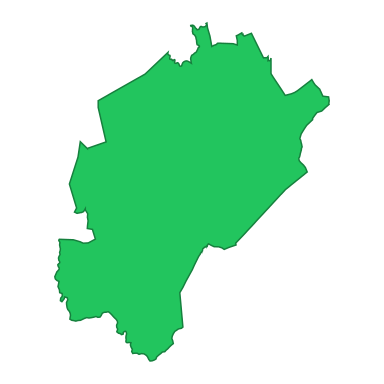 Heroica Villa Tezoatlán de Segura y Luna, Cuna de la Independencia de Oaxaca, Oaxaca, Mexico (Albers equal-area conic projection)
{"feature_id": "50627088B73617398914248", "entity_name": "Heroica Villa Tezoatlán de Segura y Luna, Cuna de la Independencia de Oaxaca", "entity_type": "district", "adm_level": 2, "iso_a3": "MEX", "parent_name": "Mexico", "parent_adm1": "Oaxaca", "projection": "albers", "projection_center": [-97.858, 17.573], "detail": "fine", "context": "isolated", "style": "filled", "palette": "green", "viewbox_px": 384, "rotation_deg": 0, "n_neighbors": 0, "source": "geoboundaries", "source_scale": "gbopen_adm2", "svg_char_len": 5712}
<svg xmlns="http://www.w3.org/2000/svg" viewBox="0 0 384 384"><path d="M236.0,245.0L235.7,243.1L240.3,238.3L242.8,235.7L245.8,232.5L247.3,230.8L252.6,225.2L253.4,224.2L253.6,224.1L255.2,222.3L255.8,221.6L257.9,219.3L262.3,214.6L262.7,214.2L265.7,210.9L269.0,207.4L269.4,206.9L272.2,203.9L274.1,201.8L274.5,201.4L280.8,194.5L281.3,194.1L285.0,190.1L285.3,189.7L290.0,185.9L291.3,184.8L295.3,181.6L296.0,181.0L300.9,177.1L301.6,176.5L304.0,174.6L306.8,172.2L307.2,172.0L305.3,167.3L305.0,167.1L303.6,165.2L301.8,163.5L300.8,162.6L299.3,160.8L298.8,159.0L298.9,158.0L299.5,157.1L299.9,155.7L300.3,153.6L301.4,149.7L301.3,148.9L301.5,148.4L302.1,146.9L301.5,143.7L301.3,143.4L300.7,140.3L299.8,138.6L301.2,133.9L304.2,129.0L306.6,125.4L312.6,119.7L312.6,118.4L314.5,115.7L317.0,112.5L321.5,111.1L322.1,110.7L325.2,107.7L327.9,105.4L329.1,104.3L328.8,103.6L329.2,100.8L328.6,96.9L322.9,96.2L321.9,94.1L321.0,92.0L320.2,90.4L319.8,89.3L318.2,87.8L316.3,86.0L315.2,85.0L313.6,82.7L311.8,79.6L309.7,81.3L305.8,84.3L303.9,85.8L301.8,87.4L297.5,90.7L294.6,92.5L293.6,92.9L291.4,93.8L289.4,94.3L288.6,94.5L285.2,95.4L281.4,89.5L273.4,77.5L271.4,74.3L271.0,73.5L271.0,58.1L270.5,59.5L270.7,60.3L270.3,60.5L269.2,60.8L268.5,60.3L268.0,60.6L268.0,60.4L268.1,60.1L268.0,59.9L268.2,59.5L268.2,59.2L268.2,58.8L268.2,58.3L268.2,57.9L268.2,57.5L268.0,57.2L268.0,56.5L267.1,57.5L266.7,57.7L265.9,57.8L265.6,57.8L265.2,57.7L264.9,57.7L263.5,57.9L251.4,33.3L244.4,36.1L244.0,36.0L243.7,35.5L243.2,35.4L243.0,35.0L243.0,34.5L242.7,34.7L242.2,34.3L242.0,33.9L242.0,33.3L241.8,33.3L241.7,32.9L237.9,35.1L236.3,35.8L237.3,40.5L237.3,45.0L233.1,43.7L227.7,43.5L221.5,43.3L220.4,43.2L219.0,43.2L218.8,43.2L217.4,43.3L216.5,44.4L215.3,44.9L213.7,45.4L213.3,45.7L211.8,46.5L211.6,45.3L209.9,36.0L207.5,27.9L206.9,23.0L206.0,23.5L206.4,24.1L206.6,24.7L206.0,25.8L205.3,26.5L204.1,26.9L202.5,27.0L201.7,26.6L201.0,26.4L200.3,26.7L199.5,28.1L198.9,29.3L197.1,29.8L196.4,28.7L195.7,28.2L195.3,27.8L195.0,27.1L194.5,26.5L194.0,25.9L193.4,25.4L192.7,25.4L192.1,25.1L191.4,25.6L191.2,25.5L190.7,25.5L190.7,25.8L190.9,26.1L191.1,26.3L191.6,26.2L192.0,26.4L192.5,27.4L192.7,28.2L192.5,29.4L192.5,30.6L192.4,31.6L192.7,32.4L192.8,33.3L193.1,34.0L193.7,34.4L194.6,35.0L195.0,35.7L195.8,37.0L196.1,38.8L196.5,40.1L196.6,41.5L196.7,42.7L197.1,44.7L198.0,45.1L199.0,45.6L199.4,46.2L199.3,47.0L198.5,47.3L198.1,48.0L197.9,48.7L197.4,49.8L196.7,51.2L195.9,52.5L194.7,53.0L193.3,54.4L192.5,54.9L191.7,55.3L190.9,57.3L190.6,59.0L190.9,60.1L191.0,61.3L191.4,63.3L188.8,61.7L187.6,61.1L186.3,60.9L185.3,61.1L184.4,61.5L183.7,61.9L182.7,62.9L182.0,64.6L181.6,65.9L180.7,66.2L180.0,66.2L179.5,65.6L178.8,63.8L177.9,62.8L177.2,62.7L176.4,63.2L175.4,63.3L174.6,62.9L174.6,62.1L174.8,61.3L174.9,60.3L174.8,59.8L174.5,59.6L174.1,59.7L173.5,60.2L173.2,60.6L172.6,60.6L172.3,60.4L172.1,59.7L171.5,59.2L170.8,59.3L170.3,59.3L169.8,59.1L169.7,58.3L169.9,57.1L170.1,56.2L169.9,55.4L169.2,55.2L168.4,54.8L168.0,54.2L167.8,53.4L168.0,52.4L145.5,73.7L145.4,73.8L144.9,74.2L109.6,94.2L107.4,95.5L98.2,100.7L98.2,107.5L106.1,141.9L87.4,148.4L87.4,148.6L80.3,141.7L78.0,157.1L69.4,184.0L76.6,208.0L74.5,212.1L75.8,212.7L76.7,213.2L77.3,213.3L78.0,213.1L79.2,212.9L80.5,212.6L81.6,212.5L82.4,212.1L83.6,211.6L84.7,209.7L85.3,208.7L85.3,209.9L87.7,213.7L87.5,216.5L87.4,217.3L87.6,218.2L87.8,219.3L88.1,220.7L87.5,225.8L87.3,228.5L92.5,229.4L92.8,230.7L95.4,239.1L88.3,242.9L83.2,243.2L80.0,241.7L73.4,239.8L59.3,239.3L59.0,239.7L58.8,240.4L59.1,241.1L59.8,242.1L59.9,243.0L59.7,243.8L59.6,245.1L59.9,246.3L60.0,247.2L60.4,248.5L60.3,249.6L60.2,250.6L59.8,251.8L59.6,252.4L59.8,253.3L60.1,254.3L59.5,255.5L59.0,256.5L58.6,257.4L58.5,258.4L58.7,259.1L58.7,260.0L59.4,261.1L59.8,262.2L59.5,263.1L58.5,263.9L57.8,264.8L57.9,265.3L58.1,265.9L58.3,266.7L58.9,267.4L59.2,268.2L59.0,269.5L58.4,270.1L57.8,270.9L56.9,271.8L55.6,274.8L54.8,276.7L55.3,278.9L57.1,280.6L59.0,281.4L58.5,284.1L58.0,286.6L59.0,288.9L59.4,289.7L59.7,292.7L62.1,293.5L62.3,296.2L60.7,298.2L60.4,300.7L61.9,301.7L64.2,298.8L64.7,296.9L67.2,297.7L67.8,299.7L66.5,302.5L66.6,304.6L67.1,307.7L67.8,309.5L69.5,311.6L70.3,313.7L70.5,315.7L70.3,316.5L70.2,317.0L69.9,319.2L71.8,320.3L73.8,320.6L75.8,321.1L78.0,320.5L80.5,320.3L82.6,319.3L84.5,318.4L86.7,317.6L88.9,318.0L91.1,317.7L93.7,317.2L96.0,316.5L97.8,317.3L100.0,317.1L101.2,315.5L102.3,313.2L104.2,312.3L106.2,312.2L108.3,311.7L110.1,313.1L111.7,314.7L113.0,316.2L114.3,317.6L116.1,319.3L117.3,321.0L117.6,323.0L116.6,325.1L116.7,327.2L117.7,329.1L116.8,331.8L118.5,333.2L120.6,333.7L121.3,334.6L123.0,334.3L123.3,333.7L123.1,332.9L123.8,332.0L124.9,331.3L125.6,331.3L126.2,332.0L126.6,333.8L126.0,336.1L125.9,338.1L126.2,339.3L126.0,340.5L125.9,341.3L126.1,342.1L126.5,342.5L127.2,342.7L128.5,342.6L128.8,342.5L130.9,342.7L130.4,345.0L131.2,347.4L132.3,349.2L131.7,351.6L132.8,353.5L133.9,353.3L135.1,353.2L137.1,353.2L139.0,354.3L141.5,353.6L144.1,353.9L146.5,355.5L147.7,357.1L148.7,359.3L150.0,361.0L152.2,360.8L154.1,360.1L155.9,359.1L156.7,356.9L158.7,355.1L160.8,353.5L162.4,352.0L164.8,351.7L166.1,350.2L167.7,348.9L169.4,347.0L171.5,345.0L173.3,343.6L172.7,340.7L171.8,338.4L172.3,336.1L173.3,333.8L174.8,331.4L176.5,330.3L178.5,328.9L181.4,328.3L182.9,327.1L179.8,292.7L182.9,287.4L186.1,280.9L192.3,269.7L194.4,265.0L198.5,256.7L198.9,256.1L199.1,255.7L200.2,254.2L200.4,253.3L201.2,252.5L201.7,252.5L201.6,251.8L202.5,250.9L202.5,250.2L202.8,248.7L204.0,247.9L204.2,247.5L204.9,247.0L205.6,246.8L206.0,247.1L206.0,246.6L206.7,246.0L207.2,246.3L207.5,245.0L207.9,244.7L208.1,244.1L208.5,243.8L209.6,244.4L210.8,245.1L214.1,246.7L218.7,246.8L222.0,247.9L224.2,249.4L228.9,247.4L236.0,245.0Z" fill="#22c55e" stroke="#15803d" stroke-width="1.5"/></svg>